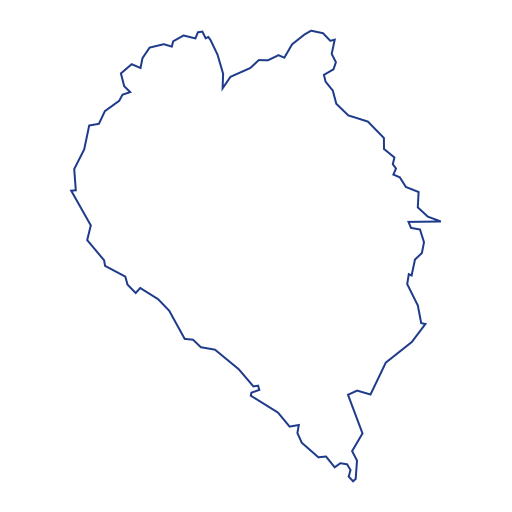 the district of Sveti Nikole, Sveti Nikole, North Macedonia
{"feature_id": "65306769B91405117981087", "entity_name": "Sveti Nikole", "entity_type": "district", "adm_level": 2, "iso_a3": "MKD", "parent_name": "North Macedonia", "parent_adm1": "Sveti Nikole", "projection": "albers", "projection_center": [21.98, 41.877], "detail": "fine", "context": "isolated", "style": "outline", "palette": "blue", "viewbox_px": 512, "rotation_deg": 0, "n_neighbors": 0, "source": "geoboundaries", "source_scale": "gbopen_adm2", "svg_char_len": 1484}
<svg xmlns="http://www.w3.org/2000/svg" viewBox="0 0 512 512"><path d="M135.7,293.0L140.2,288.0L158.1,299.2L169.2,310.7L184.7,338.9L193.0,339.7L200.8,347.2L215.0,349.7L238.7,369.2L253.4,386.4L258.1,385.7L259.3,389.9L251.4,392.7L250.8,395.7L278.0,412.6L289.6,426.6L298.8,425.0L297.4,433.0L301.8,442.8L318.4,457.3L326.0,456.5L334.7,467.3L340.4,463.2L347.1,464.3L350.5,470.1L348.7,476.6L353.1,481.3L355.7,478.9L357.0,460.5L352.1,451.1L362.5,433.4L348.0,394.8L357.1,390.6L370.5,394.5L385.8,362.6L411.8,342.0L425.4,324.0L421.2,323.1L417.8,305.4L407.2,284.1L408.8,274.2L411.6,275.5L415.0,259.5L421.9,253.0L424.0,242.2L420.0,229.5L411.0,227.9L408.5,221.9L440.8,221.5L427.9,216.7L417.8,207.4L418.6,192.0L405.9,187.0L399.8,177.3L393.4,174.6L396.0,168.5L392.8,164.2L394.4,157.5L384.0,149.0L383.9,138.0L367.9,121.6L348.3,115.4L336.3,103.8L332.8,90.6L325.6,81.7L323.9,74.9L333.5,69.3L335.9,62.2L331.7,53.9L334.7,39.7L330.3,40.8L323.0,33.2L311.1,30.7L304.5,34.5L292.1,44.3L284.3,57.7L278.5,55.2L267.9,60.3L258.8,60.1L250.3,68.0L230.5,76.8L222.6,88.3L223.1,73.7L217.5,54.6L210.6,40.2L208.3,37.0L205.7,38.3L202.4,31.6L197.9,32.3L195.4,38.4L183.5,35.5L173.2,41.3L171.8,46.6L163.8,44.2L149.6,47.6L142.5,58.1L140.5,68.0L131.7,64.2L120.9,73.4L124.2,86.2L130.2,92.1L122.5,94.7L119.2,100.8L104.9,111.1L98.9,123.8L89.2,125.5L84.2,149.4L74.2,169.1L75.8,190.3L71.2,190.7L90.8,225.4L87.2,240.1L104.1,260.3L105.1,265.9L125.3,276.6L127.5,284.6L135.7,293.0Z" fill="none" stroke="#1e3a8a" stroke-width="2"/></svg>